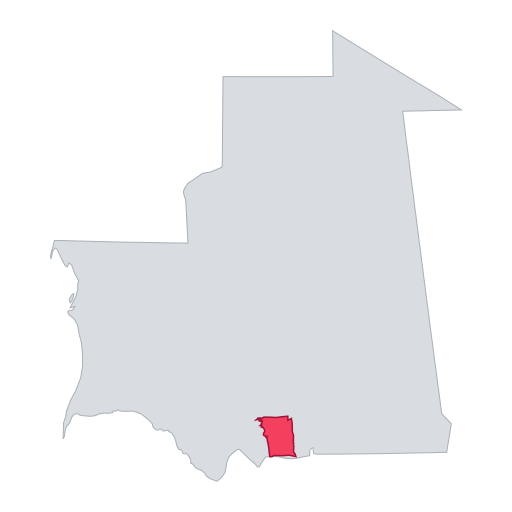 location of Tintane, Hodh el Gharbi, Mauritania
{"feature_id": "47542326B49589683558539", "entity_name": "Tintane", "entity_type": "district", "adm_level": 2, "iso_a3": "MRT", "parent_name": "Mauritania", "parent_adm1": "Hodh el Gharbi", "projection": "albers", "projection_center": [-10.457, 15.991], "detail": "fine", "context": "in_parent", "style": "filled", "palette": "rose", "viewbox_px": 512, "rotation_deg": 0, "n_neighbors": 0, "source": "geoboundaries", "source_scale": "gbopen_adm2", "svg_char_len": 5145}
<svg xmlns="http://www.w3.org/2000/svg" viewBox="0 0 512 512"><path d="M210.7,478.9L210.0,478.6L206.3,476.0L204.5,472.9L201.6,470.5L197.6,468.9L195.0,467.1L193.8,465.1L192.3,463.8L190.7,463.1L190.6,462.3L191.0,461.4L190.6,459.5L188.3,455.4L186.1,453.5L184.2,453.8L183.1,453.3L182.5,452.4L182.3,451.1L181.0,449.9L178.8,449.4L177.0,446.3L175.7,440.8L174.0,436.4L171.9,433.3L170.4,432.1L169.2,431.9L168.9,431.4L168.6,430.5L166.9,430.2L164.5,431.0L162.4,430.7L161.4,429.2L159.9,429.0L158.1,430.2L156.0,429.8L153.8,427.8L152.6,425.8L152.4,423.9L148.7,419.9L141.3,414.0L133.3,411.1L124.5,411.3L119.6,410.9L118.6,409.9L117.5,410.0L116.4,411.0L115.2,411.2L114.0,410.6L113.2,411.0L112.9,412.5L109.8,413.2L103.9,413.1L99.2,413.9L95.5,415.6L90.4,416.3L83.8,415.8L79.8,415.1L78.5,414.0L76.6,413.7L74.1,414.2L71.9,417.0L69.8,422.2L68.1,425.1L66.8,425.8L65.3,429.6L64.4,436.1L63.1,438.9L63.6,422.7L65.7,416.7L66.4,411.4L70.8,399.8L75.9,390.3L80.7,377.7L82.7,365.4L82.4,353.2L81.4,342.4L79.4,335.3L77.5,324.9L74.5,319.4L68.8,314.5L67.6,311.7L68.9,310.7L72.5,310.1L74.9,306.5L70.1,307.8L75.9,296.6L77.8,288.9L77.7,283.9L78.8,280.8L74.8,273.9L71.8,265.3L70.2,263.9L68.4,263.1L68.2,265.1L67.2,266.9L65.2,265.7L61.8,259.4L57.1,249.2L55.4,248.1L53.9,249.5L52.9,250.7L51.0,259.1L50.6,255.7L51.4,251.8L52.8,247.0L54.4,240.4L58.7,240.5L66.5,240.7L82.0,241.1L89.8,241.3L105.3,241.7L113.0,241.9L128.5,242.2L136.3,242.3L151.8,242.6L159.5,242.7L175.0,243.0L182.8,243.0L187.9,243.1L187.7,238.3L187.5,234.5L187.2,229.4L187.0,224.4L186.7,219.3L186.5,214.5L186.2,209.8L186.0,205.4L185.8,201.3L185.4,199.0L183.8,194.3L183.5,192.0L184.0,189.6L185.1,187.4L188.1,183.2L192.7,180.1L198.0,176.5L202.0,173.7L204.1,173.0L210.3,172.1L215.3,170.0L220.1,168.0L222.1,166.8L222.3,162.9L223.0,76.6L246.4,76.7L252.5,76.7L295.6,76.7L301.7,76.7L333.1,76.5L333.0,72.5L333.0,66.6L332.9,58.7L332.8,50.7L332.7,36.6L332.6,30.7L338.8,34.6L351.3,42.3L357.5,46.1L370.0,53.8L382.5,61.5L395.0,69.1L401.3,73.0L407.6,76.8L413.8,80.6L420.1,84.4L432.7,92.0L438.0,95.2L446.2,100.3L453.8,105.1L461.4,109.9L449.8,110.2L434.3,110.5L423.7,110.8L412.8,111.0L402.7,111.2L403.7,119.3L404.8,128.2L405.9,137.1L407.0,145.9L408.2,154.8L411.5,181.5L412.7,190.4L413.8,199.3L414.9,208.2L416.1,217.1L418.4,235.0L419.5,243.9L420.7,252.8L421.8,261.8L423.0,270.7L424.1,279.6L426.4,297.5L427.6,306.5L428.8,315.4L429.9,324.4L431.1,333.3L432.3,342.3L433.5,351.2L434.6,360.2L437.0,378.1L438.2,387.1L439.4,396.0L440.6,405.0L441.7,413.7L446.0,418.1L451.3,423.8L450.0,431.9L448.4,441.7L446.7,452.3L432.2,452.7L418.0,452.9L382.5,453.6L375.4,453.7L339.9,454.1L332.8,454.1L319.1,454.2L315.0,454.0L313.5,453.2L313.0,447.7L311.8,448.1L310.3,449.7L309.6,451.4L309.9,453.7L309.7,455.7L305.1,456.4L298.9,457.8L292.4,458.8L285.9,458.4L283.6,458.0L281.3,457.3L276.0,456.5L273.2,456.4L269.9,456.6L266.1,457.0L264.9,458.0L262.0,462.1L259.2,466.9L257.3,466.8L255.3,464.2L249.6,459.3L242.8,452.8L239.7,449.6L238.1,449.2L234.8,451.5L232.0,453.7L229.1,456.8L227.7,459.8L226.6,463.3L226.1,467.5L225.0,472.3L222.6,476.2L219.8,479.1L217.7,480.5L216.9,481.3L210.7,478.9ZM72.7,299.4L70.4,302.9L69.5,301.5L69.2,299.2L71.2,295.9L72.2,294.2L73.9,293.7L72.7,299.4Z" fill="#d9dde1" stroke="#a8b0b8" stroke-width="1"/><path d="M287.8,416.2L286.8,416.3L281.3,416.8L279.8,417.1L277.5,417.3L275.7,417.5L270.7,417.2L263.9,417.1L264.0,416.9L262.6,418.1L262.5,417.8L262.3,417.9L261.7,418.2L261.3,418.4L261.0,418.2L260.3,417.9L260.0,418.0L259.5,418.2L259.0,418.0L258.4,418.1L257.9,418.1L257.4,418.8L257.0,419.3L256.6,419.4L256.2,419.8L257.3,419.5L257.9,419.0L258.1,418.9L258.7,418.7L258.7,419.1L259.1,418.8L260.1,418.9L260.2,419.5L260.2,419.9L260.6,419.9L260.8,420.6L260.3,420.7L259.5,420.5L259.2,420.8L260.1,421.1L260.6,421.4L260.9,420.7L261.3,420.6L261.5,420.5L262.0,420.8L262.2,421.1L261.4,421.6L261.1,421.7L262.0,421.5L262.2,421.9L262.1,422.6L261.9,422.8L261.7,423.5L261.8,423.8L261.7,424.2L261.4,424.4L260.9,424.2L260.8,424.3L260.5,424.3L261.1,424.6L260.6,425.1L261.0,425.0L261.3,425.0L261.8,425.9L261.5,425.9L261.1,426.9L262.2,427.3L262.4,427.4L263.2,427.8L263.4,428.2L263.9,428.7L264.5,429.6L264.6,430.4L264.6,430.7L264.7,431.2L264.5,431.8L264.2,432.5L263.6,433.1L263.6,433.3L263.5,433.7L263.6,434.0L263.4,434.9L263.6,435.3L264.0,435.5L265.3,436.1L267.1,436.3L266.6,436.8L266.2,437.3L266.5,437.3L266.6,437.7L266.9,437.9L267.6,442.1L268.0,443.4L268.7,447.5L269.5,454.8L269.8,456.7L271.0,456.8L272.0,456.7L272.9,456.3L273.3,455.5L282.3,455.7L289.1,455.2L295.6,456.5L295.9,456.6L295.0,453.7L294.9,453.6L294.4,453.1L293.8,452.2L293.8,451.8L293.4,451.0L293.5,450.8L293.5,450.4L293.5,450.2L293.5,449.8L293.7,449.4L293.7,449.2L293.7,448.9L293.6,448.4L293.6,448.2L293.7,447.8L293.8,447.4L293.8,446.9L293.5,444.3L293.7,442.9L293.5,442.4L293.1,441.6L293.0,441.4L293.1,441.2L293.6,440.5L293.4,439.8L293.3,439.7L293.3,439.4L293.4,439.2L293.5,439.0L293.4,438.7L293.4,438.4L293.3,438.1L293.5,437.7L293.6,436.9L293.5,436.1L293.4,435.0L293.3,434.4L292.6,432.8L292.5,431.8L292.2,430.8L292.3,429.9L292.3,428.4L292.2,426.5L292.2,424.7L292.0,422.3L291.7,420.3L291.4,419.4L291.4,418.5L287.9,420.2L287.8,416.2L287.8,416.2Z" fill="#f43f5e" stroke="#9f1239" stroke-width="1.5"/></svg>